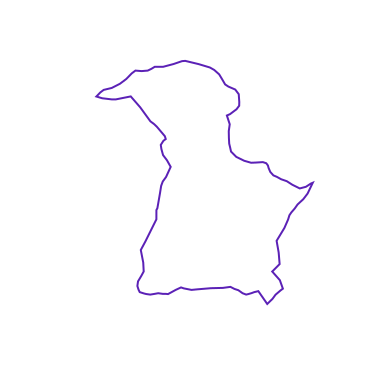 the district of Al-Zibar, Arbil, Iraq, rotated 323°
{"feature_id": "34846034B21205760150819", "entity_name": "Al-Zibar", "entity_type": "district", "adm_level": 2, "iso_a3": "IRQ", "parent_name": "Iraq", "parent_adm1": "Arbil", "projection": "orthographic", "projection_center": [44.113, 37.087], "detail": "fine", "context": "isolated", "style": "outline", "palette": "violet", "viewbox_px": 384, "rotation_deg": 323, "n_neighbors": 0, "source": "geoboundaries", "source_scale": "gbopen_adm2", "svg_char_len": 1744}
<svg xmlns="http://www.w3.org/2000/svg" viewBox="0 0 384 384"><g transform="rotate(323 192 192)"><path d="M90.5,237.9L90.0,240.5L92.7,244.3L94.0,245.9L96.9,248.8L100.9,250.9L104.1,252.5L107.4,255.8L109.7,257.5L111.4,259.1L120.2,260.4L125.8,261.6L127.5,264.1L130.1,267.0L132.7,269.9L137.3,272.7L149.2,280.2L159.0,287.2L165.6,290.9L167.6,295.0L169.9,298.3L171.5,303.3L173.5,306.5L175.5,307.4L178.7,308.6L181.4,309.4L185.3,311.1L184.7,326.7L191.9,325.8L196.9,324.3L203.5,323.9L206.4,323.9L209.1,315.3L208.2,303.8L218.6,302.3L224.1,293.6L224.9,292.3L230.2,281.9L244.2,276.3L252.2,271.8L255.8,269.2L259.0,268.1L264.1,267.0L268.8,265.5L276.6,264.7L283.4,262.8L288.4,260.2L294.0,257.3L292.0,256.8L286.1,256.4L280.2,254.0L276.5,246.6L274.2,240.4L270.9,235.5L268.9,231.0L267.0,227.7L266.6,223.1L267.6,219.0L268.6,216.5L268.6,213.7L266.6,210.8L260.4,206.7L256.8,204.2L252.5,198.5L248.5,190.6L247.5,183.2L249.2,179.5L250.8,175.8L254.1,170.9L258.0,165.5L262.9,160.6L265.9,151.9L269.2,152.7L272.4,152.7L277.4,152.7L281.6,151.5L283.9,148.6L288.2,142.0L288.2,136.2L284.5,129.7L283.2,126.0L283.9,120.2L284.5,114.4L283.2,107.9L281.2,103.3L274.3,93.9L265.5,83.2L262.8,81.5L254.3,78.7L244.2,74.6L237.6,69.6L233.7,69.2L229.7,68.4L224.5,65.1L219.9,61.0L215.3,61.0L207.5,62.2L199.6,62.2L190.5,60.6L182.9,57.3L178.7,57.3L173.1,58.2L176.7,63.1L183.6,69.7L186.9,72.2L200.6,78.8L201.6,93.2L201.3,110.5L202.6,115.0L203.2,118.7L203.9,131.1L202.9,133.9L200.0,133.9L195.4,135.6L193.4,139.3L191.1,145.1L191.1,151.6L190.1,159.1L180.3,164.4L175.0,166.0L171.1,168.5L165.5,173.9L154.6,184.1L152.7,185.0L147.1,192.4L143.1,194.4L125.1,203.4L116.2,207.5L110.6,219.0L105.6,226.4L101.0,228.5L95.1,230.9L91.8,234.2L90.5,237.9Z" fill="none" stroke="#5b21b6" stroke-width="2"/></g></svg>